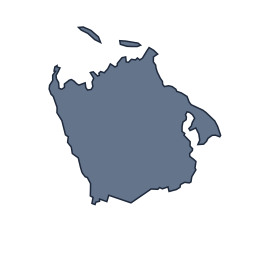 Terrebonne, Louisiana, United States of America (Natural Earth projection), rotated 200°
{"feature_id": "52423323B18014802865122", "entity_name": "Terrebonne", "entity_type": "district", "adm_level": 2, "iso_a3": "USA", "parent_name": "United States of America", "parent_adm1": "Louisiana", "projection": "natural_earth1", "projection_center": [-90.835, 29.408], "detail": "fine", "context": "isolated", "style": "filled", "palette": "slate", "viewbox_px": 256, "rotation_deg": 200, "n_neighbors": 0, "source": "geoboundaries", "source_scale": "gbopen_adm2", "svg_char_len": 2212}
<svg xmlns="http://www.w3.org/2000/svg" viewBox="0 0 256 256"><g transform="rotate(200 128 128)"><path d="M216.0,162.4L217.6,160.4L217.0,156.2L215.5,156.5L216.8,151.8L215.0,146.9L216.3,141.4L215.4,137.6L211.8,133.4L209.0,132.1L201.7,123.1L200.0,118.1L192.6,112.3L184.4,100.2L181.1,99.3L179.9,93.9L174.8,90.7L171.6,85.0L164.5,82.9L158.9,74.4L156.2,70.8L155.1,69.8L151.5,67.5L149.3,67.6L144.2,63.0L142.2,57.4L140.2,51.3L137.1,50.8L136.1,44.8L132.8,44.8L132.8,47.4L129.7,49.4L130.4,51.5L122.7,51.6L123.1,58.2L99.6,58.7L85.4,78.6L79.0,80.6L77.9,82.9L74.9,82.6L70.3,86.3L67.7,82.4L61.5,86.7L58.9,90.0L59.3,92.9L56.2,96.3L51.6,97.4L50.4,98.9L51.4,104.0L49.9,111.9L51.4,113.4L52.7,119.8L56.4,121.3L56.7,121.3L60.3,122.5L61.3,125.1L60.8,126.3L59.8,128.8L60.2,130.6L63.5,132.2L64.9,136.4L72.9,140.3L72.8,142.3L76.0,143.2L77.7,147.9L78.4,152.3L76.2,155.7L76.9,158.4L78.5,160.0L78.1,163.4L75.4,163.7L72.0,162.6L68.7,160.0L69.5,155.1L69.2,151.6L70.6,148.3L68.8,146.8L64.3,151.2L59.4,146.6L56.4,141.0L56.7,136.3L51.4,138.7L49.7,142.3L49.3,145.7L46.4,149.9L43.2,151.2L38.8,151.1L38.4,152.7L44.4,160.2L48.9,164.3L60.0,169.2L63.6,170.3L76.7,171.5L79.4,173.3L83.3,177.8L89.8,179.2L94.8,179.1L96.3,180.8L100.7,182.0L104.2,181.6L108.0,179.4L110.4,180.9L111.6,183.6L114.6,185.7L119.7,190.6L122.1,193.8L123.6,196.6L126.8,198.8L128.4,203.5L127.0,205.5L125.4,207.6L130.4,209.8L135.7,210.8L136.5,207.5L136.9,205.7L138.3,198.6L140.2,196.0L143.1,197.0L144.2,194.6L148.3,193.7L150.0,189.9L150.5,189.8L152.3,189.5L154.5,194.0L157.7,192.0L160.1,185.0L159.4,182.9L161.1,180.9L166.5,182.2L167.2,176.7L169.2,171.8L173.0,171.7L174.1,169.6L172.9,167.7L174.3,166.4L179.9,168.9L182.4,167.2L177.2,163.0L177.5,158.9L175.2,155.0L175.7,151.7L179.0,149.8L181.5,151.6L183.7,155.8L188.8,151.5L191.4,152.0L194.5,153.5L197.7,154.2L199.5,152.9L202.8,147.6L201.6,144.4L203.6,141.7L206.4,141.8L208.8,147.0L212.0,149.7L213.6,152.7L213.0,156.6L212.5,161.2L215.5,161.1L216.0,162.4ZM183.0,199.0L187.0,203.5L196.1,207.0L204.6,207.6L208.9,205.6L205.4,204.0L198.1,203.2L189.5,199.7L183.0,199.0ZM147.2,207.7L144.5,210.1L147.6,211.2L159.8,208.9L165.6,207.2L163.8,204.0L156.9,204.4L151.6,206.1L147.2,207.7Z" fill="#64748b" stroke="#1e293b" stroke-width="1.5"/></g></svg>